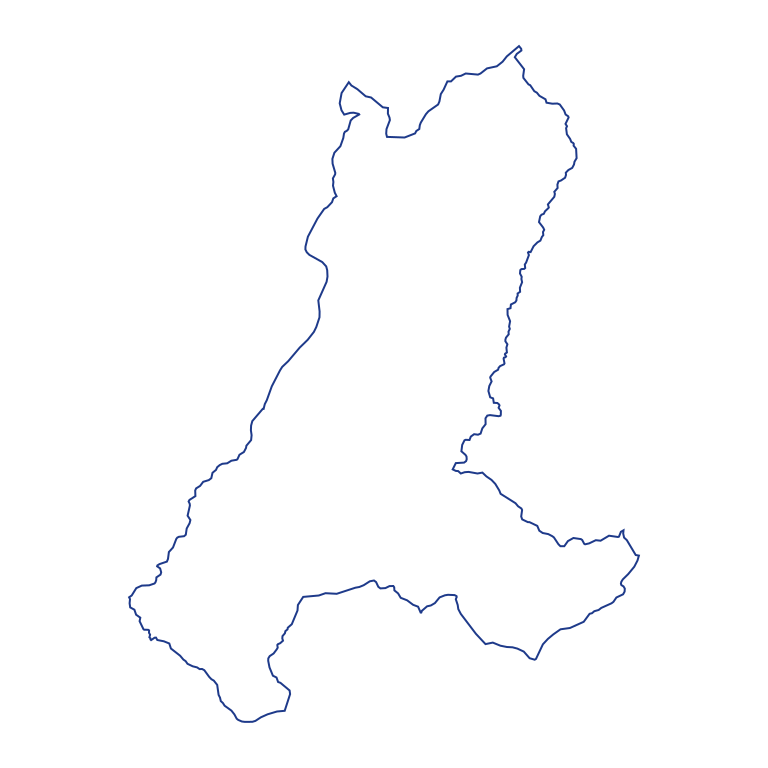 Chameza, Casanare, Colombia
{"feature_id": "7082276B78466873958700", "entity_name": "Chameza", "entity_type": "district", "adm_level": 2, "iso_a3": "COL", "parent_name": "Colombia", "parent_adm1": "Casanare", "projection": "albers", "projection_center": [-72.863, 5.238], "detail": "fine", "context": "isolated", "style": "outline", "palette": "blue", "viewbox_px": 768, "rotation_deg": 0, "n_neighbors": 0, "source": "geoboundaries", "source_scale": "gbopen_adm2", "svg_char_len": 6082}
<svg xmlns="http://www.w3.org/2000/svg" viewBox="0 0 768 768"><path d="M284.7,710.8L290.1,694.1L289.6,690.5L280.4,682.8L278.1,682.0L276.5,677.5L272.9,675.7L269.5,667.4L268.2,660.8L268.3,658.4L269.7,656.1L273.6,653.5L276.7,649.4L277.7,647.7L277.3,645.0L277.9,644.2L280.2,643.2L283.0,640.7L282.3,638.4L282.5,636.1L284.9,633.3L285.4,631.1L287.5,629.4L287.8,627.7L291.8,624.2L297.5,610.5L297.9,605.0L303.2,596.9L318.8,595.5L325.5,593.2L336.7,593.8L355.4,587.7L359.3,587.0L363.7,585.2L369.8,581.3L374.0,580.5L376.1,582.1L378.3,586.8L380.4,588.4L385.4,588.1L389.5,586.1L393.3,586.0L394.2,587.3L394.4,590.4L398.1,593.4L400.7,597.8L407.1,600.3L413.1,604.8L418.1,606.7L420.6,612.5L421.3,612.5L421.9,610.8L427.1,606.3L430.8,605.5L434.9,603.1L439.6,597.4L444.9,595.3L448.0,594.8L454.6,595.1L456.5,596.1L456.7,597.0L455.8,599.2L457.7,605.0L458.3,609.1L460.8,613.9L475.9,633.8L485.5,644.1L492.8,642.6L500.4,645.7L506.9,647.0L512.5,647.3L517.4,648.6L523.8,651.6L529.6,658.2L534.7,659.7L536.0,658.9L542.9,644.3L547.9,638.9L553.3,634.4L560.5,629.3L569.9,628.0L583.7,621.8L589.6,613.8L592.0,613.2L594.3,611.2L598.6,610.0L601.3,607.9L611.5,603.3L613.4,601.9L616.4,597.5L623.1,594.3L624.6,591.6L624.8,588.6L623.5,586.4L621.4,585.1L620.9,583.7L621.3,581.8L622.8,579.4L628.2,574.1L634.3,566.7L637.5,560.5L638.9,555.6L635.7,555.0L626.8,540.1L624.1,537.6L623.2,533.6L623.5,530.3L620.9,531.8L619.0,536.6L618.0,537.0L609.0,535.7L600.6,540.7L595.8,540.2L589.1,543.4L585.1,544.3L584.2,543.8L582.2,540.0L580.9,539.1L573.4,538.0L567.9,541.1L564.3,546.2L560.4,546.2L558.4,544.2L553.9,537.4L552.3,536.2L548.3,534.1L542.7,533.0L539.3,530.7L537.3,525.9L529.4,522.1L527.8,522.1L522.2,519.4L521.2,516.5L522.1,510.0L521.4,508.5L518.1,506.3L515.5,503.2L500.6,493.8L499.3,490.5L495.3,483.9L491.5,479.9L486.4,476.4L482.4,472.6L477.5,473.5L468.6,471.9L464.7,472.2L460.8,473.5L458.2,471.1L455.8,470.9L452.7,469.4L455.8,463.1L464.1,462.6L466.1,461.1L466.7,459.2L466.5,456.5L465.5,454.9L461.4,451.3L462.2,444.9L464.5,440.3L465.7,439.8L469.5,440.0L470.8,436.6L474.1,434.2L478.0,434.7L480.6,433.6L482.3,428.4L485.6,424.2L485.5,418.3L487.3,415.6L490.0,415.1L498.7,416.2L500.5,415.7L500.8,414.8L500.9,410.9L498.6,407.8L499.5,405.4L499.1,404.5L497.4,403.0L493.8,402.8L493.1,398.4L490.2,397.3L488.4,391.0L489.3,386.0L491.6,381.4L490.2,377.7L490.5,376.6L494.2,372.0L498.1,369.7L498.6,367.8L500.1,366.1L504.0,364.3L504.5,363.4L503.6,358.7L503.9,357.7L505.5,357.2L506.1,356.4L504.9,354.5L505.1,353.7L506.9,352.5L506.4,347.6L507.4,344.3L505.4,341.3L505.4,339.7L506.0,337.6L508.7,334.3L508.5,331.6L509.8,328.9L509.1,326.6L510.1,321.2L507.6,314.9L507.5,309.1L510.5,308.2L510.9,304.5L515.2,302.3L516.4,300.5L516.6,297.9L517.7,295.6L517.6,293.5L520.1,291.8L519.9,287.7L522.1,282.2L521.4,279.0L521.7,276.8L520.0,273.5L520.3,270.1L521.4,269.1L524.2,268.9L525.2,268.0L524.8,264.5L526.1,262.6L528.9,255.1L528.0,252.5L528.7,251.8L530.6,252.1L533.6,246.2L537.4,242.4L540.4,240.6L541.9,236.9L543.3,235.2L543.0,232.0L544.2,229.8L543.2,227.6L539.0,222.1L540.2,216.3L541.5,214.7L543.8,213.8L545.0,211.3L548.4,208.1L548.8,207.5L547.9,204.4L554.3,196.8L554.9,193.9L554.3,191.8L557.6,188.0L557.4,184.6L558.5,181.4L561.0,180.5L565.1,177.7L566.0,174.9L565.8,172.7L568.4,170.0L572.2,167.9L574.0,164.5L574.5,161.7L576.6,158.2L576.1,148.8L573.6,145.7L573.8,143.9L573.2,143.0L571.3,141.9L570.1,138.9L566.9,134.3L566.1,128.2L567.0,126.2L565.5,123.9L568.6,117.5L568.2,116.3L565.6,114.5L564.1,110.5L559.8,104.5L557.4,103.5L552.3,103.7L546.5,102.7L545.5,99.3L539.4,95.8L536.9,92.7L534.3,91.2L530.2,85.2L528.5,84.4L523.4,77.9L523.2,75.8L524.1,69.2L514.8,57.2L516.8,53.9L521.4,50.5L521.2,48.8L519.0,46.1L506.8,56.4L502.6,61.7L496.8,66.3L487.0,68.4L480.5,73.5L478.0,74.6L465.7,73.5L461.0,75.8L456.0,76.6L451.0,81.4L447.4,81.4L443.6,89.7L440.8,94.1L439.4,101.5L438.1,104.5L428.4,111.3L425.9,114.2L420.8,122.6L419.8,125.2L419.3,129.0L416.3,131.0L415.1,133.4L404.6,137.5L387.0,136.9L386.2,133.7L386.5,129.1L389.9,120.1L389.5,117.6L387.9,113.7L388.0,108.0L382.8,107.3L371.1,97.5L365.7,96.3L357.4,89.2L351.4,85.5L348.8,82.2L341.6,93.0L339.7,103.3L341.5,110.3L344.2,114.6L350.2,112.9L353.6,112.7L358.8,113.9L359.2,114.5L353.2,117.9L350.7,120.5L348.2,129.4L346.7,130.9L344.9,131.8L344.0,133.5L343.3,138.0L340.4,146.2L334.4,152.7L332.4,158.9L332.6,163.7L335.3,172.9L335.1,174.4L332.9,178.4L333.4,182.0L333.0,185.7L334.8,192.7L336.6,196.2L333.3,198.4L332.0,202.2L327.3,207.2L324.2,208.9L317.5,218.5L307.9,236.7L305.5,246.5L305.4,249.5L306.8,252.3L309.4,254.9L322.3,262.1L326.2,266.4L327.2,270.2L327.5,276.6L326.6,281.8L318.3,300.4L319.6,311.5L319.5,317.3L316.3,327.0L313.9,331.9L307.7,339.8L299.7,347.6L288.2,361.2L282.2,366.9L280.0,370.4L271.8,386.3L266.8,400.2L264.8,404.1L263.6,408.9L262.8,408.8L252.3,421.1L251.1,425.6L250.9,430.3L251.6,435.2L251.1,440.1L246.4,445.7L246.0,448.0L243.9,452.0L239.5,454.7L237.5,459.1L236.7,459.8L231.4,460.7L227.2,463.3L222.3,463.8L219.7,465.1L217.2,467.2L216.0,469.9L212.5,472.8L211.3,478.2L208.8,480.1L203.2,481.8L200.1,485.9L196.1,488.4L195.2,490.5L195.4,496.1L189.5,499.9L188.6,501.5L189.7,503.7L189.9,505.5L187.6,515.7L190.4,520.0L189.6,523.2L186.7,528.5L185.8,534.7L184.1,536.2L178.9,536.8L177.3,537.6L176.3,538.9L173.0,547.5L168.9,552.0L168.0,558.9L166.9,561.6L159.5,564.1L157.4,565.4L157.1,566.3L160.1,568.4L161.2,572.3L160.5,574.6L156.4,577.4L156.2,580.2L155.4,582.4L154.5,583.5L149.2,585.3L141.8,585.6L136.3,588.1L131.7,595.5L129.1,597.3L130.0,599.1L129.6,603.3L130.2,607.4L134.4,609.7L136.1,614.7L140.3,617.7L139.6,621.2L143.4,629.1L144.1,629.7L148.1,629.8L149.1,630.4L149.0,632.8L150.1,634.7L149.4,637.3L150.4,638.3L150.5,639.5L151.1,640.1L154.6,637.7L156.0,637.6L157.3,640.0L163.9,641.3L169.3,643.5L170.9,648.5L180.1,655.7L183.4,659.6L185.6,661.1L187.5,663.8L192.7,666.3L197.1,667.4L199.6,669.1L202.1,669.0L204.3,670.2L209.2,676.9L211.4,679.2L213.8,680.6L217.2,684.9L218.6,694.9L220.0,697.6L220.8,701.1L222.9,703.0L224.6,705.7L231.4,710.6L234.4,714.4L236.7,718.7L238.2,719.9L241.9,721.5L245.0,721.9L252.4,721.8L255.4,720.9L260.9,717.3L267.6,714.3L277.0,711.5L284.7,710.8Z" fill="none" stroke="#1e3a8a" stroke-width="2"/></svg>